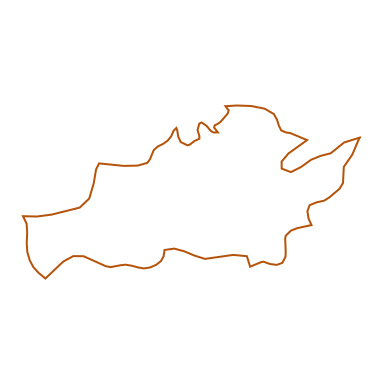 SVG path tracing the border of Capiz
{"feature_id": "PHL-2528", "entity_name": "Capiz", "entity_type": "Province", "adm_level": 1, "iso_a3": "PHL", "parent_name": "Philippines", "parent_adm1": "", "projection": "orthographic", "projection_center": [122.669, 11.385], "detail": "fine", "context": "isolated", "style": "outline", "palette": "amber", "viewbox_px": 384, "rotation_deg": 0, "n_neighbors": 0, "source": "natural_earth", "source_scale": "10m", "svg_char_len": 1524}
<svg xmlns="http://www.w3.org/2000/svg" viewBox="0 0 384 384"><path d="M176.3,128.0L177.2,130.2L178.2,136.5L180.7,142.1L187.5,145.3L189.7,144.7L194.5,141.0L199.4,138.7L199.3,135.6L198.1,132.1L197.6,129.8L199.3,123.6L201.6,122.5L206.5,125.8L211.1,131.2L213.6,132.5L217.9,132.4L214.1,127.6L214.7,125.4L217.5,124.0L220.4,122.0L227.7,113.6L228.7,110.2L227.5,109.0L226.7,107.7L225.5,106.2L236.9,105.5L251.2,106.0L264.7,108.7L273.8,114.0L277.0,119.7L278.9,125.7L281.2,130.4L285.5,132.3L290.6,133.2L307.1,140.1L288.5,153.4L281.6,161.6L281.7,168.6L290.9,172.1L300.9,167.1L311.2,159.7L320.9,155.8L330.7,153.3L344.1,142.5L361.0,137.2L359.5,137.7L352.3,154.6L343.8,166.9L343.0,183.0L339.6,188.7L329.3,197.4L324.1,200.7L316.7,202.3L309.6,205.2L307.4,211.3L308.6,218.7L311.5,225.1L297.4,228.1L291.0,230.6L285.7,235.7L285.2,239.0L285.7,251.3L285.5,256.8L282.3,262.9L276.7,264.9L270.0,264.0L263.5,261.7L261.2,262.1L250.1,266.7L246.9,256.2L233.2,254.9L205.0,258.9L194.5,255.6L184.2,251.3L174.2,248.6L164.5,250.0L163.6,256.4L160.8,261.2L156.2,264.8L150.0,267.5L143.8,268.4L138.3,267.5L132.5,265.9L125.8,264.7L120.8,265.2L110.7,267.1L105.8,266.2L83.5,256.2L73.3,256.1L63.2,261.6L45.4,278.5L38.3,272.6L33.3,267.0L29.8,260.5L27.3,252.0L26.7,242.9L27.2,233.0L26.6,223.7L23.0,216.2L37.1,216.5L51.6,214.6L79.7,207.6L89.2,198.6L93.7,183.4L96.1,169.3L99.1,163.4L123.8,165.9L137.7,165.6L147.3,162.9L149.9,159.4L153.8,150.0L157.8,146.5L163.4,143.7L167.8,140.5L171.1,136.4L173.6,130.8L176.3,128.0Z" fill="none" stroke="#b45309" stroke-width="2"/></svg>